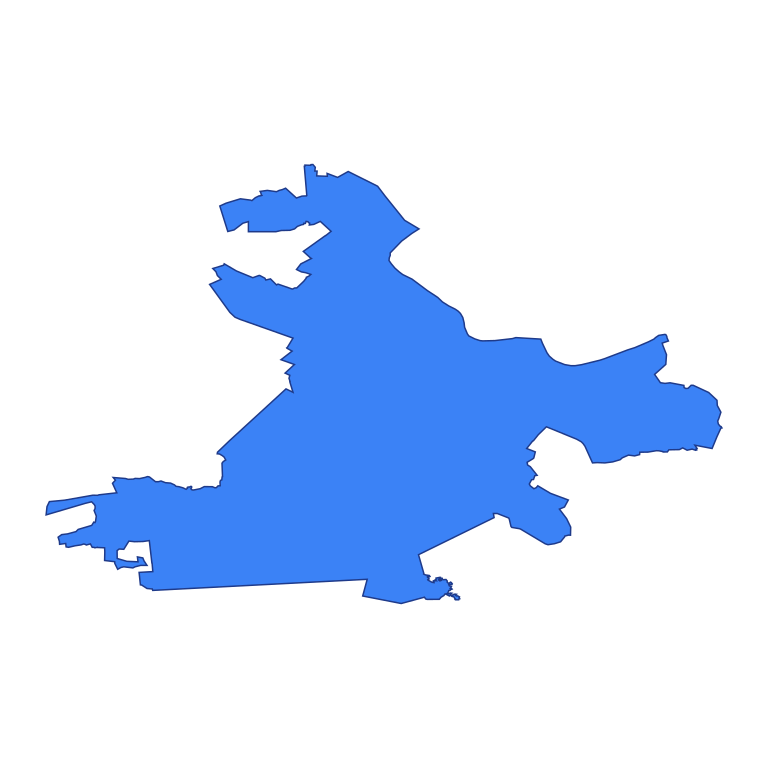 Ķekavas pag., Kekavas, Latvia (Equal Earth projection)
{"feature_id": "27541924B56156234267129", "entity_name": "Ķekavas pag.", "entity_type": "district", "adm_level": 2, "iso_a3": "LVA", "parent_name": "Latvia", "parent_adm1": "Kekavas", "projection": "equal_earth", "projection_center": [24.179, 56.814], "detail": "fine", "context": "isolated", "style": "filled", "palette": "blue", "viewbox_px": 768, "rotation_deg": 0, "n_neighbors": 0, "source": "geoboundaries", "source_scale": "gbopen_adm2", "svg_char_len": 6094}
<svg xmlns="http://www.w3.org/2000/svg" viewBox="0 0 768 768"><path d="M665.8,334.6L664.8,334.4L658.7,335.4L655.5,337.6L653.9,339.1L648.5,341.8L634.9,347.6L627.7,349.9L604.2,358.8L599.9,360.2L581.5,364.7L575.1,365.7L571.0,365.7L564.7,364.6L555.6,361.1L552.8,359.2L549.3,356.1L547.0,352.8L542.5,343.4L540.8,339.1L515.8,337.6L512.4,338.6L494.9,340.6L482.7,340.9L480.0,340.6L474.8,338.9L468.8,335.9L467.4,333.9L464.6,327.3L464.1,322.8L462.8,317.5L460.4,313.4L458.2,311.2L455.3,309.2L448.7,305.9L442.4,301.9L437.7,297.4L427.4,290.6L412.0,279.1L402.8,274.6L399.3,272.0L394.9,268.1L391.3,263.8L389.0,260.5L389.3,257.7L390.2,255.5L390.2,252.9L401.6,241.1L411.9,233.4L419.0,228.9L404.6,220.3L384.9,195.8L377.6,186.2L348.2,171.5L337.6,177.4L327.1,173.4L327.3,176.3L316.7,175.9L317.1,171.1L314.8,171.0L315.3,167.3L312.9,164.5L311.1,164.6L310.9,165.2L310.9,164.8L310.6,164.9L310.6,165.3L305.0,165.1L305.1,165.9L304.3,166.2L306.8,195.6L306.4,195.9L302.0,196.1L296.4,198.0L285.6,188.2L282.3,189.6L279.2,190.4L276.5,191.7L267.3,190.4L260.1,191.4L260.8,192.6L261.2,194.4L261.9,195.4L259.6,196.0L259.2,195.8L255.3,197.7L251.9,200.6L250.5,200.1L240.4,198.8L226.0,203.2L219.8,206.0L227.8,231.5L234.1,229.9L242.9,223.2L248.4,221.6L248.4,231.7L276.0,231.7L281.1,230.5L290.0,230.3L294.6,228.9L297.4,226.4L301.5,224.8L303.6,224.4L303.8,223.3L305.4,223.4L306.1,221.4L308.0,221.7L308.5,222.6L309.7,223.2L309.3,225.0L313.8,224.4L320.3,221.4L331.1,231.3L325.6,235.7L325.4,235.6L303.3,251.4L310.2,257.7L311.4,258.5L300.8,263.9L296.5,269.5L301.4,271.9L305.7,272.7L310.8,274.4L308.9,276.1L306.3,277.3L306.2,278.2L303.8,281.2L296.8,287.9L294.5,288.0L292.9,288.9L292.1,289.0L278.0,284.1L276.5,284.9L270.5,278.9L265.8,280.0L264.9,278.2L259.8,275.5L258.9,275.5L252.8,277.7L236.5,271.0L224.2,263.8L223.7,265.2L212.8,268.5L216.0,271.8L217.4,275.6L221.2,279.3L209.6,284.4L229.9,312.4L235.0,317.2L240.1,319.4L293.0,338.1L287.3,347.5L286.7,347.9L286.9,348.2L292.1,351.1L281.0,359.7L294.4,364.5L285.1,373.1L289.8,375.3L289.0,378.3L290.0,381.4L289.8,381.4L289.9,382.1L293.0,392.3L286.0,388.9L229.4,440.8L217.5,452.2L217.2,453.8L219.5,454.0L222.4,455.7L224.2,457.2L225.7,460.0L223.3,461.5L222.0,463.2L222.5,476.7L222.1,476.9L221.8,479.9L220.5,480.4L220.0,482.0L220.2,485.7L218.0,485.9L216.4,487.6L215.0,487.8L212.4,486.7L204.3,486.6L200.2,488.7L193.6,490.0L192.1,489.9L191.2,489.3L190.9,488.5L191.6,487.8L191.7,486.9L191.5,486.5L190.7,486.4L189.3,487.1L188.3,487.0L187.4,487.3L187.2,487.8L187.4,488.3L186.1,489.3L182.9,487.8L179.0,486.7L176.0,486.3L174.5,484.9L170.6,483.1L165.5,482.7L161.0,481.0L158.4,481.7L155.5,481.7L149.5,477.0L148.3,476.7L147.4,476.6L145.1,477.4L139.5,478.6L135.1,478.4L133.3,479.1L128.1,479.3L125.5,478.5L113.2,477.5L115.4,480.2L112.5,483.3L116.8,492.8L99.0,494.8L97.6,495.3L92.9,495.2L64.4,500.2L49.4,501.6L47.0,506.6L46.1,514.9L85.4,503.3L91.6,501.8L94.3,504.6L95.1,506.1L95.1,508.5L94.1,510.5L96.3,516.1L95.5,521.5L94.9,522.6L93.8,522.1L91.7,525.4L78.2,529.4L76.0,531.6L67.5,533.9L61.7,534.6L58.1,537.2L59.4,541.3L59.6,544.3L65.7,543.5L66.1,546.9L68.6,547.3L75.0,545.8L81.0,544.9L83.7,544.0L85.1,544.3L86.3,545.0L90.4,543.9L92.2,547.3L94.3,547.4L94.8,547.8L97.5,547.3L97.6,547.5L104.6,547.8L104.8,551.8L104.6,560.5L114.7,561.7L114.8,563.4L117.7,569.3L120.9,567.5L123.8,566.8L132.9,567.9L135.1,566.8L140.6,565.4L147.0,565.4L144.1,561.0L142.8,557.9L137.4,556.9L138.0,561.8L126.8,561.3L117.2,558.5L117.1,550.6L119.2,549.0L123.8,549.3L128.9,541.1L134.5,541.7L143.0,541.5L149.3,540.6L151.9,563.1L152.1,563.2L152.8,571.6L139.1,572.4L140.4,584.9L141.6,585.0L147.0,588.5L152.3,589.0L152.7,590.4L367.2,579.3L362.7,596.0L401.2,603.5L424.4,597.2L425.7,599.0L427.2,599.4L439.3,599.3L441.1,597.2L443.8,595.6L445.2,593.8L449.4,596.0L450.3,595.2L450.9,593.9L451.7,593.2L450.1,593.0L449.1,593.7L447.0,593.5L448.0,592.7L448.7,590.6L450.1,590.4L450.5,589.4L451.6,589.4L452.1,589.1L451.3,588.3L450.3,588.3L451.5,586.3L449.3,585.9L448.8,584.6L452.0,584.3L452.3,583.9L451.3,582.5L450.5,582.1L449.2,583.2L448.3,583.1L447.2,582.2L447.2,580.9L446.0,579.5L442.9,579.7L442.2,579.1L442.3,578.4L442.1,578.2L441.6,578.3L441.1,579.3L440.4,579.5L441.1,579.8L441.3,580.4L439.9,580.9L438.5,579.8L439.5,578.4L440.5,577.8L440.5,577.4L440.0,577.3L436.0,578.1L436.1,579.4L435.2,579.9L436.1,580.7L433.7,580.7L433.3,581.0L433.9,581.6L434.0,582.6L432.0,582.3L428.0,580.1L427.7,579.7L428.0,579.4L429.1,578.9L428.4,577.8L427.5,577.3L427.4,576.4L428.1,576.2L429.4,576.8L430.0,576.5L429.3,575.5L425.4,574.9L423.6,574.0L423.8,573.3L418.5,554.7L494.1,517.6L493.4,513.5L497.3,513.5L508.2,517.8L508.8,518.1L509.3,519.3L511.0,526.5L511.8,527.4L519.5,528.7L520.6,529.1L545.2,543.8L548.0,544.7L554.5,543.7L560.6,541.8L564.6,536.9L564.8,536.1L568.6,535.1L570.5,535.2L570.7,527.1L566.6,518.6L559.4,509.1L564.5,507.0L568.3,500.0L550.4,493.3L537.8,485.8L536.2,487.7L533.9,488.7L530.3,485.9L529.3,484.0L531.6,479.7L533.5,479.5L534.8,475.7L537.1,475.3L530.3,466.7L527.6,465.0L527.1,462.3L532.9,458.8L533.8,458.0L535.3,451.9L526.7,448.5L532.7,441.0L533.4,440.8L538.3,434.7L546.4,426.8L576.7,439.2L581.3,441.8L583.1,443.6L585.0,446.3L592.5,462.9L597.2,462.6L604.9,462.9L612.7,461.9L620.2,459.7L622.3,457.8L628.5,455.1L634.6,455.9L639.6,454.6L639.8,452.2L647.9,452.1L656.4,450.7L659.0,450.8L662.9,451.6L663.1,452.0L667.4,451.9L668.9,449.8L679.4,449.6L682.7,447.9L687.1,450.2L692.1,449.1L695.7,450.3L696.7,449.9L696.0,449.1L697.1,448.5L694.9,445.2L712.1,448.5L717.0,436.6L720.9,428.1L721.9,427.9L721.1,426.6L719.9,426.0L718.3,423.9L717.7,421.0L718.6,419.1L720.9,412.2L717.3,405.5L717.0,400.3L708.7,392.5L693.2,385.3L691.1,385.3L688.1,388.3L685.9,388.5L684.1,387.6L683.9,385.4L670.1,382.8L665.0,383.4L660.4,382.7L654.6,374.4L665.8,364.4L666.5,354.7L662.9,345.5L662.2,343.1L668.4,341.0L667.0,337.8L666.8,336.3L665.8,334.6ZM452.4,596.6L453.2,596.6L454.1,597.1L454.6,598.2L455.5,599.1L455.6,599.3L455.2,599.6L455.5,599.8L458.7,599.8L459.0,598.9L459.7,598.7L459.1,597.8L459.5,596.9L457.7,595.9L456.3,595.9L455.4,595.0L456.3,594.3L455.0,594.1L453.0,594.6L452.8,595.4L452.4,595.6L451.3,595.2L451.4,596.1L452.4,596.6Z" fill="#3b82f6" stroke="#1e3a8a" stroke-width="1.5"/></svg>